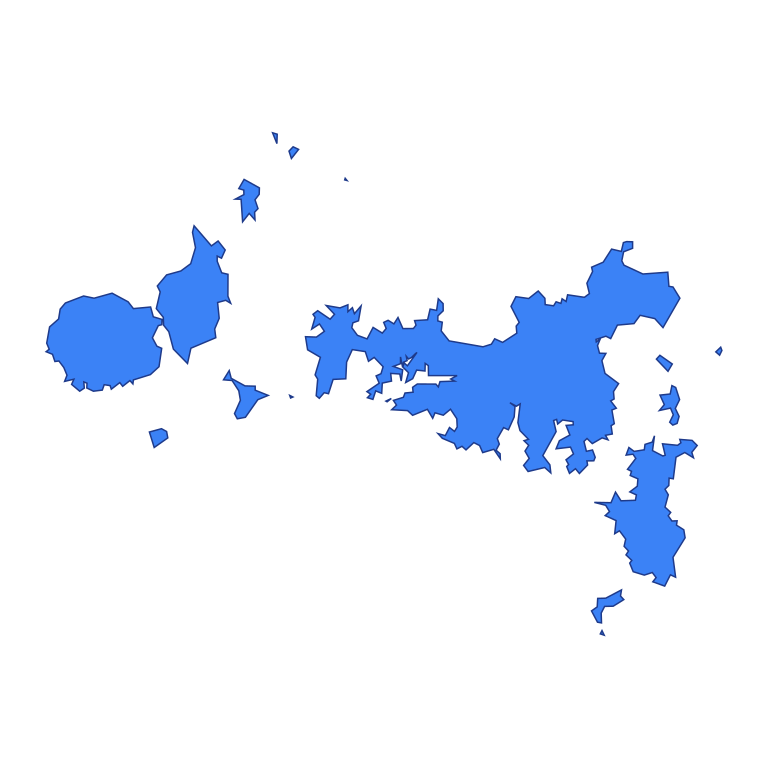 Waiheke Local Board Area, Auckland, New Zealand
{"feature_id": "76426892B70848202071782", "entity_name": "Waiheke Local Board Area", "entity_type": "district", "adm_level": 2, "iso_a3": "NZL", "parent_name": "New Zealand", "parent_adm1": "Auckland", "projection": "albers", "projection_center": [175.058, -36.805], "detail": "fine", "context": "isolated", "style": "filled", "palette": "blue", "viewbox_px": 768, "rotation_deg": 0, "n_neighbors": 0, "source": "geoboundaries", "source_scale": "gbopen_adm2", "svg_char_len": 6125}
<svg xmlns="http://www.w3.org/2000/svg" viewBox="0 0 768 768"><path d="M403.4,397.3L393.4,400.4L396.5,405.1L391.7,409.7L407.6,410.6L412.6,415.3L427.4,409.3L432.7,418.3L435.0,412.8L443.3,415.2L450.5,409.2L456.8,418.7L457.2,427.0L454.5,431.4L449.5,427.5L445.3,435.6L438.0,433.6L442.3,438.3L454.4,443.4L456.9,448.9L462.0,446.3L466.0,449.9L473.8,442.6L479.6,445.5L482.7,452.6L493.8,449.3L500.3,458.8L500.1,453.7L496.1,450.2L499.3,444.1L497.3,438.6L503.6,427.6L508.4,429.8L514.2,416.9L515.0,406.4L509.9,402.7L516.4,406.2L520.2,403.9L517.9,422.6L520.0,430.6L528.5,439.3L524.0,440.7L528.7,445.3L525.0,451.1L529.2,458.4L523.6,465.4L528.1,471.5L544.7,467.5L550.8,472.9L549.9,464.9L542.8,455.6L556.1,431.6L553.6,420.5L556.6,419.4L557.7,424.0L562.6,420.0L573.1,421.6L573.3,424.8L566.1,425.4L569.9,435.0L559.4,440.7L556.1,448.8L570.5,447.1L573.5,453.9L566.0,459.8L568.6,464.5L566.7,466.5L569.5,473.4L575.5,468.7L579.4,473.5L587.6,465.0L586.9,460.9L593.8,460.8L595.2,457.3L592.5,450.0L586.4,451.3L584.0,441.4L587.0,438.5L592.3,443.6L602.1,437.9L608.0,439.8L605.5,435.3L612.3,434.0L611.1,425.7L614.3,423.7L611.9,410.0L616.3,408.2L610.7,400.9L614.1,399.0L613.5,391.6L618.6,383.6L605.0,373.4L601.9,360.6L605.9,353.4L599.5,353.2L597.5,345.6L600.2,339.0L596.3,341.9L596.0,339.4L605.9,336.2L610.7,338.6L617.4,325.1L634.0,323.6L640.1,315.3L654.8,318.6L663.0,327.6L679.9,298.2L673.0,287.0L668.9,286.3L667.8,272.2L642.9,274.0L624.0,265.2L621.8,260.8L623.6,251.8L632.6,248.3L632.6,241.8L626.6,241.6L623.4,242.6L621.3,251.4L611.6,249.1L603.2,262.2L591.6,267.2L592.6,271.5L586.9,283.2L589.4,293.6L584.4,297.3L567.6,294.8L566.1,301.5L562.1,298.8L560.9,303.4L556.1,301.8L553.6,305.8L545.2,304.6L544.9,298.3L538.2,291.0L528.7,298.5L515.9,296.7L511.0,306.4L519.2,322.4L516.2,326.1L516.8,333.2L502.6,342.4L494.7,338.8L491.4,344.2L483.0,346.8L449.1,340.9L441.2,330.9L442.3,322.2L437.8,320.9L437.9,315.9L443.2,310.8L443.1,303.6L438.3,298.8L436.6,310.4L430.1,309.1L427.6,319.8L414.6,320.6L416.0,325.2L413.4,328.5L402.9,328.6L398.0,317.5L393.9,323.9L388.1,320.3L383.7,322.4L386.2,328.5L382.3,333.1L373.1,327.4L367.1,338.9L357.4,335.3L351.8,327.7L352.9,322.8L358.5,320.8L361.1,305.9L354.4,313.7L352.4,307.7L347.9,311.7L347.9,304.8L340.0,307.9L326.2,305.5L334.5,314.3L330.1,319.2L317.7,310.7L313.0,314.3L315.1,317.4L311.7,329.1L319.5,324.0L324.4,331.3L316.4,337.1L305.5,336.7L307.6,349.8L320.4,357.3L315.1,374.9L317.7,379.1L316.2,395.7L319.3,398.3L324.2,392.7L328.5,393.7L333.1,379.4L345.8,378.8L346.6,362.1L352.3,349.6L365.3,351.6L368.5,361.3L374.2,357.4L383.1,366.7L381.0,373.7L376.1,375.9L379.2,383.2L366.9,391.6L370.7,394.2L367.4,397.7L372.9,399.4L375.7,390.9L381.7,393.3L382.3,383.1L391.5,381.1L390.7,373.4L399.8,374.0L401.2,381.0L402.7,369.8L393.3,366.4L400.5,363.7L400.5,356.9L402.2,365.2L403.7,362.1L407.1,360.6L406.3,356.3L408.6,359.0L411.6,357.4L415.8,353.3L416.4,353.0L416.9,352.5L417.0,352.4L407.4,365.8L404.1,362.9L402.9,367.1L408.5,372.7L405.7,382.5L412.7,378.7L416.6,370.1L425.0,371.0L425.2,363.4L428.3,365.6L428.5,375.6L457.1,375.6L450.7,379.0L454.7,381.1L440.0,381.6L438.3,386.9L435.9,384.1L417.3,384.0L412.6,387.3L413.1,392.2L405.0,393.0L403.4,397.3ZM112.1,293.2L94.1,298.2L83.6,296.0L65.4,303.0L60.2,309.1L58.6,319.0L49.6,326.9L46.7,343.2L49.2,349.2L46.1,351.7L52.5,354.3L54.9,361.5L58.9,361.0L63.8,367.5L67.0,375.2L64.6,381.4L73.9,379.2L71.6,384.4L79.7,391.2L84.3,388.1L83.8,381.9L87.0,383.2L86.8,388.0L93.4,391.2L102.3,390.1L104.2,384.7L110.1,385.6L111.3,389.2L119.8,382.6L122.7,386.3L129.9,380.6L132.9,383.9L133.4,379.9L150.4,374.6L159.0,366.7L161.7,348.3L156.9,346.2L152.4,337.8L158.3,325.6L161.8,324.7L162.0,319.4L153.3,316.8L150.6,307.0L133.4,308.6L128.1,301.8L112.1,293.2ZM652.5,450.6L654.5,435.8L652.2,442.1L645.0,444.4L644.3,449.8L634.1,451.4L628.9,447.5L626.1,455.1L633.0,454.2L635.8,458.4L627.5,469.3L631.5,471.3L630.2,475.5L637.9,478.8L637.3,486.2L629.8,491.9L636.4,494.9L635.4,500.3L621.0,500.8L615.5,492.1L611.0,502.7L594.3,502.4L605.7,505.3L609.5,511.6L605.2,515.6L616.1,520.6L614.7,533.7L619.5,530.8L625.7,539.1L624.1,546.3L628.5,551.0L626.0,554.9L631.8,560.4L629.7,563.1L633.2,571.7L644.3,575.1L652.3,572.5L656.1,577.6L652.8,581.8L664.7,586.1L670.4,574.8L675.6,577.2L673.0,557.3L685.1,537.8L683.8,529.8L676.5,525.2L677.1,520.8L671.9,521.0L668.2,515.8L670.7,512.4L665.0,507.1L668.3,494.8L665.0,489.2L668.8,485.5L669.1,478.1L673.3,478.8L676.0,457.2L684.8,452.5L693.5,457.8L691.8,452.3L697.2,445.5L692.1,440.4L679.8,439.4L680.9,442.8L677.6,445.3L662.5,443.8L665.2,455.2L662.9,456.0L652.5,450.6ZM211.4,245.9L194.1,225.8L192.5,232.3L195.5,247.7L190.7,263.7L180.8,271.0L166.6,274.9L157.3,286.0L160.2,291.9L156.3,308.6L163.3,317.3L163.6,325.2L168.8,331.7L173.4,349.1L187.5,363.5L190.9,348.2L215.8,337.7L214.7,329.0L219.2,318.3L217.6,302.5L225.7,300.3L230.7,303.3L227.9,296.2L228.0,274.3L221.7,272.8L217.2,261.3L217.2,256.1L221.5,258.2L225.2,250.0L218.1,241.0L211.4,245.9ZM231.2,378.3L229.2,370.6L223.5,379.8L232.1,380.5L238.8,390.8L240.4,400.3L234.5,413.6L237.3,418.8L245.4,417.3L257.8,399.7L268.2,395.4L255.2,390.2L255.2,386.2L245.0,385.9L231.2,378.3ZM244.1,179.4L238.8,188.6L243.8,190.1L243.9,194.6L235.3,199.1L241.1,199.3L242.6,221.8L249.2,213.4L255.0,220.0L254.6,212.2L258.0,208.6L255.0,199.8L259.2,194.3L259.4,187.9L244.1,179.4ZM621.5,589.9L605.7,598.2L597.7,598.4L597.2,606.9L591.5,610.9L597.5,622.2L601.5,622.9L601.2,613.1L604.6,606.4L613.2,606.2L623.8,599.6L620.5,596.0L621.5,589.9ZM679.6,399.6L675.7,387.5L671.9,385.6L670.2,394.0L660.0,395.1L664.3,404.6L659.4,410.5L670.5,408.1L673.3,414.8L669.7,422.2L672.8,425.1L677.1,423.4L679.1,416.4L675.3,408.4L679.6,399.6ZM161.5,428.7L149.4,432.0L154.2,447.5L167.8,437.9L166.6,431.5L161.5,428.7ZM672.3,364.0L659.9,355.3L656.4,359.1L668.0,371.3L672.3,364.0ZM293.1,146.8L289.0,151.1L291.4,158.5L298.6,149.4L293.1,146.8ZM720.7,347.2L715.8,351.9L719.6,355.2L721.9,350.5L720.7,347.2ZM277.2,134.2L272.6,132.8L276.9,143.6L277.2,134.2ZM600.3,633.9L604.2,635.2L602.0,630.6L600.3,633.9ZM292.9,397.0L289.7,395.4L290.6,398.0L292.9,397.0ZM347.0,180.5L345.2,178.3L344.7,179.9L347.0,180.5ZM387.1,401.8L391.3,398.5L385.9,401.1L387.1,401.8Z" fill="#3b82f6" stroke="#1e3a8a" stroke-width="1.5"/></svg>